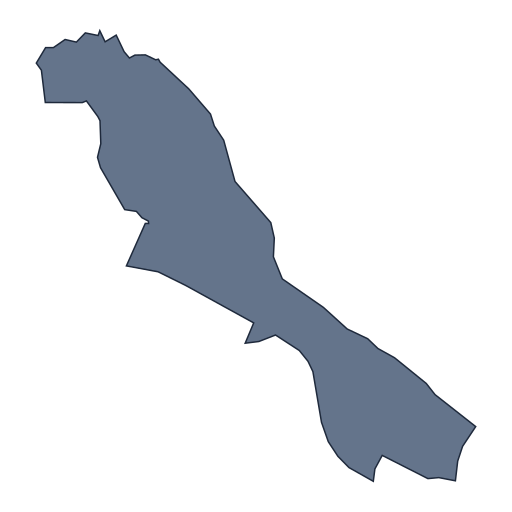 Stillorgan Lea-6, Dún Laoghaire–Rathdown, Ireland (Albers equal-area conic projection)
{"feature_id": "5873133B81162286200234", "entity_name": "Stillorgan Lea-6", "entity_type": "district", "adm_level": 2, "iso_a3": "IRL", "parent_name": "Ireland", "parent_adm1": "Dún Laoghaire–Rathdown", "projection": "albers", "projection_center": [-6.206, 53.285], "detail": "fine", "context": "isolated", "style": "filled", "palette": "slate", "viewbox_px": 512, "rotation_deg": 0, "n_neighbors": 0, "source": "geoboundaries", "source_scale": "gbopen_adm2", "svg_char_len": 963}
<svg xmlns="http://www.w3.org/2000/svg" viewBox="0 0 512 512"><path d="M185.6,285.4L253.7,322.9L245.2,343.2L258.9,341.5L275.5,335.0L299.3,350.5L308.0,361.3L312.9,371.6L321.5,422.3L328.3,441.7L337.9,456.3L349.0,467.6L373.3,481.3L374.9,468.9L382.2,455.4L427.9,478.6L438.8,477.6L455.4,480.8L457.7,461.1L462.6,446.3L475.7,426.6L435.0,394.6L426.3,383.5L394.6,357.8L377.9,348.5L367.8,338.8L347.2,329.0L323.4,307.4L282.3,278.9L273.4,256.8L274.3,238.1L270.8,222.6L235.0,181.5L223.7,140.2L214.3,126.0L210.5,114.1L188.8,88.9L160.1,62.2L158.4,59.2L155.7,59.8L145.4,54.9L134.9,55.1L129.4,58.0L124.1,51.7L116.2,35.1L105.1,41.8L99.8,30.7L98.1,35.5L85.3,32.9L76.4,42.1L65.1,39.5L53.4,47.6L45.6,47.6L36.3,63.1L41.4,70.2L45.3,102.5L82.3,102.6L86.4,100.9L97.8,116.5L100.0,120.7L100.8,143.7L97.5,157.3L100.5,167.7L124.7,209.6L136.4,211.4L141.9,217.7L148.4,221.1L148.6,223.5L145.3,223.4L126.4,265.9L158.1,271.8L185.6,285.4Z" fill="#64748b" stroke="#1e293b" stroke-width="1.5"/></svg>